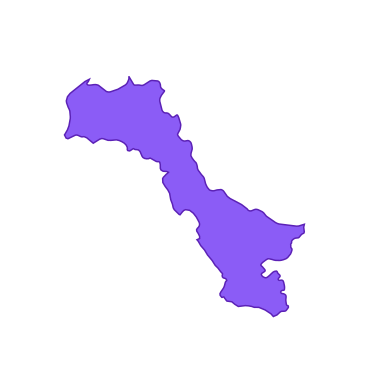 the Region of Volta, rotated 148°
{"feature_id": "GHA-2173", "entity_name": "Volta", "entity_type": "Region", "adm_level": 1, "iso_a3": "GHA", "parent_name": "Ghana", "parent_adm1": "", "projection": "albers", "projection_center": [0.32, 7.267], "detail": "fine", "context": "isolated", "style": "filled", "palette": "violet", "viewbox_px": 384, "rotation_deg": 148, "n_neighbors": 0, "source": "natural_earth", "source_scale": "10m", "svg_char_len": 5552}
<svg xmlns="http://www.w3.org/2000/svg" viewBox="0 0 384 384"><g transform="rotate(148 192 192)"><path d="M212.1,129.7L212.2,130.2L212.1,136.1L213.0,141.8L212.8,147.0L213.1,148.9L210.2,148.5L209.0,150.5L208.7,153.6L208.7,156.3L208.1,157.6L206.8,158.3L205.2,158.7L203.9,159.3L202.9,160.3L202.3,161.4L202.0,162.6L201.6,168.4L202.1,173.3L203.7,177.7L206.8,180.4L208.6,180.7L210.5,180.3L214.2,179.0L214.8,179.8L216.4,186.4L216.3,188.5L215.0,192.2L214.1,196.8L211.7,202.7L211.4,206.6L211.8,211.1L211.7,215.5L209.8,218.9L208.6,219.6L204.4,220.7L203.0,220.8L201.5,221.2L202.6,222.8L205.5,224.9L206.6,227.0L206.4,228.7L204.3,232.2L203.6,234.3L204.0,235.3L204.9,235.8L206.1,236.8L209.0,242.1L209.6,243.0L211.3,243.3L213.0,244.3L214.5,245.7L215.3,247.3L215.4,248.9L214.6,253.9L215.1,256.0L216.4,257.2L217.8,258.2L218.7,259.8L219.6,259.9L222.4,259.8L223.3,260.0L224.5,261.2L224.5,262.1L223.8,263.1L223.2,264.3L223.1,264.9L223.0,267.0L223.6,269.4L224.8,271.8L226.4,274.2L228.5,276.3L233.3,278.7L235.8,280.3L239.0,284.2L240.3,285.2L242.4,285.7L249.9,285.7L252.5,293.7L254.0,295.9L254.8,296.5L255.6,296.8L256.3,297.2L257.1,298.1L258.4,300.1L259.4,301.3L260.8,302.0L269.0,302.9L270.2,304.5L269.9,308.0L269.2,308.3L264.7,310.7L261.3,313.3L256.3,318.8L255.2,320.5L252.7,325.4L252.3,327.3L252.1,329.4L251.1,334.0L250.3,335.9L247.1,338.8L243.1,340.2L224.2,342.4L219.3,342.0L221.4,340.6L223.4,340.0L223.7,339.6L223.9,339.1L223.8,338.4L223.5,337.9L223.1,337.5L222.8,337.2L221.9,336.7L220.5,336.0L218.4,335.1L217.0,334.3L215.9,333.4L214.8,332.1L211.3,322.5L210.3,321.5L209.5,320.8L208.1,320.2L200.4,318.4L192.3,318.1L191.6,318.1L190.6,318.3L189.6,318.6L187.9,319.6L186.0,321.0L185.3,321.7L185.0,322.1L184.3,323.6L184.5,314.5L184.4,313.7L184.0,313.0L180.5,311.0L178.4,309.2L177.2,308.5L175.5,308.3L168.7,308.4L166.9,307.9L162.2,304.3L161.6,303.3L161.5,301.6L161.9,299.9L162.6,298.5L163.1,297.3L162.9,295.5L162.2,293.6L161.7,292.6L162.1,292.0L166.5,290.3L168.2,289.3L169.8,288.2L170.1,287.8L170.4,287.5L170.9,286.6L171.2,286.2L174.0,277.5L174.1,276.6L174.1,275.7L173.7,274.3L173.2,273.7L172.8,273.2L171.5,272.4L170.8,271.7L170.3,270.9L170.2,270.4L170.0,269.9L169.6,267.6L169.3,266.5L169.1,266.1L168.7,265.7L168.3,265.5L167.8,265.3L167.3,265.2L164.4,265.4L163.9,265.3L163.6,264.9L163.6,263.7L163.9,261.8L165.5,256.0L166.0,254.8L166.3,254.4L166.6,254.1L166.9,253.7L167.2,253.3L167.5,253.0L168.8,251.6L169.2,251.3L173.1,249.0L173.5,248.7L173.8,248.3L174.0,247.5L174.0,246.4L173.4,242.1L173.0,241.2L172.5,240.3L171.9,239.6L171.1,239.0L170.1,238.6L168.6,238.0L168.2,237.8L167.9,237.5L167.5,237.1L167.1,236.2L166.8,235.1L166.8,234.2L167.1,232.9L168.0,230.3L168.6,229.1L169.1,228.3L170.8,226.7L171.2,226.4L172.6,225.0L173.4,223.8L173.7,223.3L173.8,222.3L173.9,220.7L173.7,217.9L173.3,215.6L173.1,215.1L173.1,214.2L173.3,213.1L173.9,211.1L174.7,209.4L174.9,209.0L175.2,207.2L174.8,201.9L174.3,198.8L174.3,198.2L174.4,197.1L176.1,191.8L176.5,188.8L176.5,187.4L176.1,184.5L175.7,183.9L175.1,183.2L173.9,182.1L173.1,181.6L172.4,181.3L169.7,180.5L166.1,178.7L165.7,178.2L165.3,177.6L164.8,176.4L164.7,175.6L164.4,169.7L164.2,169.1L163.1,166.2L156.6,155.0L154.2,148.5L154.1,147.2L153.7,146.2L153.2,145.5L152.0,144.7L151.3,144.5L149.0,144.1L148.0,143.9L147.0,143.5L146.1,142.8L145.3,141.9L142.9,138.1L142.7,137.5L142.3,136.5L141.9,133.0L141.7,131.9L137.4,121.9L136.3,120.1L135.1,118.7L121.4,107.6L119.5,106.6L113.8,105.1L115.9,103.0L117.9,98.7L118.6,98.1L119.1,97.8L120.2,98.0L121.0,98.0L121.9,97.9L125.3,96.8L126.0,96.8L126.5,97.0L128.8,98.1L129.3,98.2L130.1,98.3L131.0,98.3L132.7,98.0L133.5,97.5L134.1,96.8L134.5,96.1L135.1,95.8L135.9,95.5L136.2,95.1L136.4,94.6L137.5,92.8L137.5,92.3L137.5,91.7L137.4,91.1L137.6,90.4L138.1,89.7L139.6,88.4L140.6,87.7L141.3,87.2L145.7,85.7L147.7,85.6L150.2,86.1L152.2,86.7L153.8,87.4L157.3,89.7L158.7,91.0L159.6,92.1L161.7,94.2L162.9,95.1L164.0,95.2L165.7,95.2L169.7,94.8L171.3,94.3L172.2,93.8L172.4,93.2L172.3,92.7L172.3,92.2L172.0,91.8L171.4,87.8L171.4,87.2L171.7,86.5L172.2,86.2L172.9,86.1L175.9,86.0L176.5,85.7L176.9,85.3L177.0,84.7L177.1,84.1L176.9,83.0L176.7,82.5L175.7,80.9L175.3,80.5L174.9,80.2L174.4,80.0L173.9,79.9L173.3,79.8L170.3,80.2L168.1,80.7L165.8,81.1L165.3,81.1L164.2,81.0L163.2,80.6L162.7,80.4L162.3,80.2L162.1,79.8L162.0,79.3L162.2,78.2L162.2,77.6L162.0,76.5L161.7,75.5L161.6,74.9L161.8,74.1L162.2,73.7L162.8,73.4L163.5,73.2L164.5,72.9L165.0,72.5L165.3,72.0L165.2,71.4L165.0,71.0L164.6,70.7L162.7,69.8L162.4,69.5L162.1,69.1L161.9,68.6L161.9,68.0L162.0,67.4L162.1,66.9L163.2,63.8L163.9,62.3L165.0,60.7L165.5,60.2L166.1,60.0L166.6,60.2L167.5,60.7L168.0,60.8L168.7,60.8L169.5,60.5L169.9,60.0L170.0,59.4L169.9,58.9L169.7,58.4L169.3,58.1L168.2,57.1L167.7,56.3L167.5,55.9L167.3,55.3L167.2,54.8L167.4,54.0L167.8,53.2L169.7,50.7L170.5,49.1L171.2,47.4L171.6,46.6L171.6,46.0L171.5,45.5L171.2,45.1L170.8,44.7L170.9,44.1L171.1,43.5L171.4,43.1L171.7,42.9L174.2,41.9L175.2,41.6L175.7,41.6L176.2,41.7L176.7,41.9L179.0,43.2L179.5,43.4L180.1,43.5L180.8,43.5L181.4,43.4L184.5,42.8L185.1,42.7L188.9,43.3L189.0,43.3L189.6,46.9L192.5,53.2L196.4,58.7L200.4,61.3L202.0,63.3L204.4,65.5L207.0,67.4L213.4,70.4L215.2,74.1L216.4,77.8L220.2,81.0L220.4,82.0L220.4,83.1L220.6,84.6L220.6,85.6L220.6,86.1L221.0,86.4L222.2,86.6L222.6,86.9L222.9,89.4L222.2,90.9L220.6,91.9L216.3,93.8L214.6,94.9L211.4,97.9L210.5,98.3L209.8,98.4L209.3,98.7L209.2,100.0L209.6,101.1L210.3,101.8L211.0,102.7L211.2,104.0L210.6,105.3L209.9,105.9L209.4,106.6L209.9,109.1L210.3,113.8L211.2,117.5L211.2,119.4L211.2,123.1L212.1,129.7Z" fill="#8b5cf6" stroke="#5b21b6" stroke-width="1.5"/></g></svg>